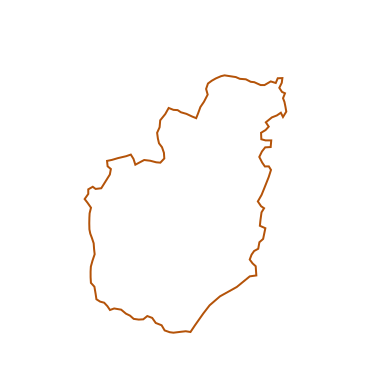 the district of Aramina, São Paulo, Brazil, rotated 206°
{"feature_id": "56859067B67671022850152", "entity_name": "Aramina", "entity_type": "district", "adm_level": 2, "iso_a3": "BRA", "parent_name": "Brazil", "parent_adm1": "São Paulo", "projection": "equal_earth", "projection_center": [-47.817, -20.156], "detail": "fine", "context": "isolated", "style": "outline", "palette": "amber", "viewbox_px": 384, "rotation_deg": 206, "n_neighbors": 0, "source": "geoboundaries", "source_scale": "gbopen_adm2", "svg_char_len": 1930}
<svg xmlns="http://www.w3.org/2000/svg" viewBox="0 0 384 384"><g transform="rotate(206 192 192)"><path d="M97.6,145.2L102.2,153.2L106.3,154.4L110.5,156.6L111.0,161.8L110.3,166.2L107.6,170.0L109.4,176.4L107.5,181.0L110.2,191.6L116.2,191.4L118.2,196.9L120.6,204.2L120.1,209.0L123.7,209.5L128.7,212.4L128.2,220.0L128.7,227.2L129.6,239.0L130.7,246.5L134.2,248.7L137.7,246.9L141.8,249.2L146.9,253.0L146.9,259.1L145.8,264.2L141.0,266.9L143.4,273.1L148.6,270.6L152.8,269.8L155.9,275.5L153.0,280.0L151.7,284.4L156.2,287.0L152.9,294.1L149.3,298.0L146.9,302.2L143.1,299.3L142.5,305.6L145.4,309.6L148.4,313.5L151.3,316.2L151.7,321.5L155.0,321.4L159.2,323.9L159.2,329.5L160.7,334.0L164.8,331.8L164.5,326.7L169.7,325.9L173.7,319.9L177.2,318.2L184.2,318.0L187.5,316.8L193.0,316.9L198.6,314.7L203.0,314.5L213.9,311.1L216.7,308.8L220.4,304.5L223.0,300.7L225.2,296.5L224.5,290.8L220.6,286.4L220.8,278.3L221.7,272.1L221.0,265.4L220.6,260.2L224.8,259.9L231.2,259.8L236.9,258.8L240.8,259.3L244.7,257.7L249.8,257.3L250.2,250.3L252.0,242.5L249.5,236.0L249.3,229.9L246.1,225.1L243.0,221.3L238.6,219.1L234.4,214.9L231.6,210.0L233.3,204.5L237.2,203.0L243.2,201.8L249.0,199.8L254.9,191.7L259.1,196.1L263.4,198.8L266.9,195.3L273.4,190.0L278.1,185.7L282.0,182.7L279.1,178.1L275.0,177.1L273.5,171.7L275.2,155.6L280.0,152.5L283.5,153.2L286.4,148.9L284.4,144.8L285.4,138.6L281.3,136.6L275.9,133.6L274.7,128.0L273.0,124.0L270.6,118.8L267.8,113.4L265.2,110.0L261.8,106.8L257.9,102.8L255.0,97.8L252.2,93.4L251.3,86.5L250.2,80.6L248.3,76.1L245.8,71.0L243.0,66.0L238.2,64.1L233.9,58.1L230.9,53.7L226.5,53.2L222.4,54.0L218.0,52.3L214.0,50.0L210.9,53.2L204.1,55.2L198.0,53.7L193.5,53.7L188.8,52.4L183.9,54.0L180.0,56.2L177.8,60.9L172.6,61.4L167.2,58.4L160.9,58.9L155.9,55.6L150.6,56.2L147.0,57.4L141.0,61.3L136.6,64.1L132.0,65.5L130.9,73.5L128.6,87.7L126.5,97.9L121.1,110.5L110.1,126.3L103.1,141.5L97.6,145.2Z" fill="none" stroke="#b45309" stroke-width="2"/></g></svg>